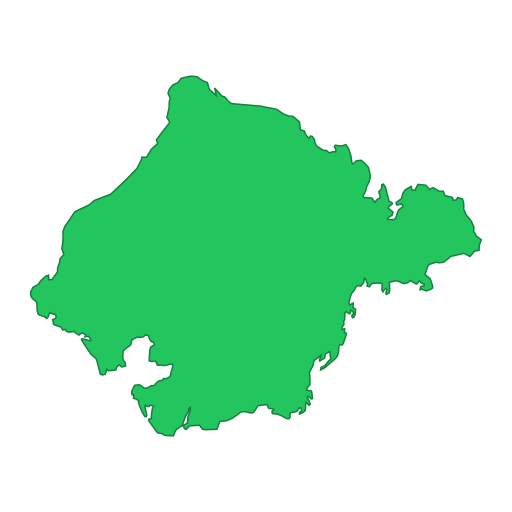 outline of Paata, Federated States of Micronesia
{"feature_id": "79324940B20321408060420", "entity_name": "Paata", "entity_type": "district", "adm_level": 2, "iso_a3": "FSM", "parent_name": "Federated States of Micronesia", "parent_adm1": "", "projection": "robinson", "projection_center": [151.585, 7.375], "detail": "fine", "context": "isolated", "style": "filled", "palette": "green", "viewbox_px": 512, "rotation_deg": 0, "n_neighbors": 0, "source": "geoboundaries", "source_scale": "gbopen_adm2", "svg_char_len": 6038}
<svg xmlns="http://www.w3.org/2000/svg" viewBox="0 0 512 512"><path d="M457.6,197.6L456.2,200.1L453.2,200.2L452.4,197.4L445.0,195.6L443.3,191.2L439.1,191.2L433.2,187.7L431.0,188.5L429.7,189.5L425.8,185.2L417.9,184.4L414.9,190.3L411.9,189.9L411.1,186.4L405.1,190.0L402.8,193.4L401.5,198.7L396.1,202.5L396.6,205.0L402.2,204.1L403.0,206.8L398.7,209.8L397.4,212.9L395.9,217.7L394.0,219.7L387.9,219.5L387.5,218.2L392.2,215.1L393.0,212.1L388.2,208.1L388.3,207.2L392.5,203.7L391.9,202.6L389.0,201.2L385.4,187.0L383.3,184.1L381.8,184.6L381.7,186.6L381.3,189.0L378.7,191.9L380.1,195.3L380.0,198.1L377.5,199.1L374.7,202.3L372.0,198.1L363.8,197.5L363.1,196.0L365.6,191.1L366.5,186.9L369.3,181.6L370.5,176.2L368.5,167.5L364.3,162.8L360.9,160.2L356.5,160.8L352.8,163.9L351.9,162.8L350.8,155.3L348.5,148.5L345.9,144.6L341.3,146.1L335.1,145.2L334.4,146.8L335.8,149.4L335.8,151.9L332.8,151.7L329.3,152.9L326.3,150.4L323.3,150.3L316.5,145.9L314.9,142.5L314.5,139.6L312.2,136.4L310.4,136.0L309.0,138.4L306.5,135.7L305.1,133.5L304.5,131.0L300.4,129.8L299.5,122.0L292.9,116.3L288.8,116.1L283.1,113.8L276.7,109.3L260.4,106.1L231.3,103.6L230.3,102.7L228.3,101.3L224.9,97.0L221.7,95.9L214.6,88.0L215.5,91.4L216.2,95.5L209.8,89.8L208.7,87.6L207.4,82.6L202.6,80.6L197.0,76.7L190.7,76.1L181.2,78.3L177.9,82.6L172.7,85.0L169.4,89.2L169.0,90.1L168.0,93.3L170.4,98.4L169.2,101.7L169.1,107.6L166.9,117.4L169.8,122.3L163.0,131.1L156.4,139.8L157.7,143.5L151.3,149.3L146.6,157.2L141.9,157.1L141.4,159.8L137.1,168.2L126.3,179.5L110.7,194.2L94.3,200.5L89.6,204.6L74.8,211.8L70.0,219.0L64.8,226.6L62.9,231.8L63.1,235.3L63.0,239.2L62.7,243.5L61.8,248.4L63.8,254.6L60.2,258.5L59.2,263.7L57.6,267.9L57.5,271.7L52.1,279.6L48.6,279.7L48.6,275.2L45.8,276.1L40.8,280.7L38.5,284.2L36.8,285.3L33.0,287.3L31.8,290.0L30.9,291.0L30.7,293.5L30.8,295.8L32.2,298.3L33.6,299.7L35.5,301.0L36.7,302.3L37.0,304.7L37.1,310.1L38.1,314.1L39.8,315.2L41.4,315.7L44.5,316.8L46.6,318.5L48.4,316.7L48.6,314.9L49.9,312.7L53.2,314.1L54.6,314.1L55.7,314.9L56.0,316.2L56.0,317.9L54.9,318.8L52.6,319.5L53.2,321.8L53.5,324.3L54.6,324.9L57.4,325.9L61.2,327.1L62.6,330.0L65.4,329.5L66.8,331.6L69.4,332.2L73.7,331.4L75.8,333.1L78.9,335.1L80.4,333.8L82.7,332.9L85.8,334.9L84.9,336.8L88.6,336.3L91.0,339.9L90.1,340.6L86.4,339.9L82.2,338.7L81.5,339.2L81.8,340.3L82.8,342.0L87.8,349.6L91.2,354.5L95.6,358.2L96.6,359.7L100.3,374.1L102.6,375.0L105.3,374.2L106.9,369.2L108.5,370.8L115.9,370.0L116.6,367.0L119.1,364.9L120.5,366.0L121.9,367.0L125.6,366.0L125.3,362.8L123.3,360.3L122.8,357.5L123.0,351.3L125.0,349.1L127.7,347.2L130.3,345.3L131.2,343.6L131.8,339.9L137.1,337.2L140.7,337.4L143.5,336.7L145.3,335.1L147.4,335.2L148.6,336.0L149.0,337.6L150.6,340.9L152.0,341.8L153.8,342.5L154.4,344.9L150.8,346.9L150.0,348.8L149.3,356.7L149.2,360.9L151.8,361.5L155.3,361.1L156.0,362.0L156.7,363.2L157.2,365.1L165.0,365.5L171.4,363.9L172.1,364.3L172.8,364.9L172.3,368.4L171.2,371.6L170.4,375.7L168.5,377.7L165.9,378.7L163.4,378.6L162.4,380.4L159.4,380.7L157.7,381.7L153.9,385.6L151.1,385.7L147.4,388.0L144.1,388.2L140.4,385.1L138.2,384.8L134.6,385.3L131.9,390.8L131.7,393.8L132.2,394.8L133.5,394.5L133.6,398.3L135.9,399.0L138.8,400.8L138.4,402.4L140.0,406.9L142.1,411.8L144.7,416.5L146.2,416.7L146.7,415.7L146.7,414.6L145.7,410.5L145.0,406.8L145.4,404.9L146.8,406.3L147.7,406.5L149.2,406.4L150.1,404.9L151.9,405.6L153.5,406.4L152.2,409.2L151.4,415.3L151.4,418.8L149.2,418.8L148.5,420.3L150.2,422.9L157.5,432.8L161.5,433.5L165.1,435.4L173.3,435.9L175.2,431.5L176.5,429.4L179.5,427.2L182.2,425.9L183.2,422.5L184.4,419.4L185.4,416.5L188.6,411.1L188.9,408.3L190.1,407.3L190.3,409.2L190.2,410.7L189.2,413.8L188.0,416.5L187.3,423.2L184.0,425.0L183.7,426.5L184.4,428.6L186.1,429.5L189.6,425.9L199.5,425.2L202.6,429.3L205.2,429.7L216.9,429.3L219.9,421.4L225.8,420.9L228.2,420.1L232.6,418.1L241.3,411.8L245.5,411.7L248.8,412.6L251.3,413.0L253.2,412.6L254.4,411.3L258.0,405.7L266.2,404.6L267.4,405.3L268.3,407.8L269.0,408.4L273.2,408.9L273.8,409.6L271.9,411.5L272.5,413.6L277.0,414.1L280.7,415.3L286.4,418.5L289.1,418.8L290.1,417.1L290.0,413.5L290.8,412.7L296.6,411.6L299.8,407.6L301.3,408.3L301.4,410.0L301.3,411.2L299.4,412.4L299.5,414.1L303.5,412.2L305.3,410.4L305.5,406.3L305.9,402.4L309.1,405.3L310.3,404.1L308.8,400.2L307.1,397.2L307.7,396.2L309.8,397.4L311.1,398.9L311.9,399.0L312.5,398.2L311.7,391.8L311.3,390.9L306.8,390.3L307.1,387.7L309.9,384.9L310.0,380.8L309.5,372.3L312.9,365.7L314.1,360.5L321.1,355.3L319.5,359.8L319.7,361.0L324.6,358.1L325.4,353.8L329.5,351.7L330.1,352.3L330.1,354.8L330.9,358.9L328.6,360.9L324.7,365.8L321.1,367.2L320.6,369.9L324.9,367.7L331.5,362.0L335.5,358.4L337.5,355.9L338.5,352.1L339.0,345.6L339.7,344.6L341.1,344.9L342.4,344.9L343.4,343.1L346.2,334.8L346.2,333.1L344.4,332.5L344.7,328.7L342.0,329.5L342.0,327.0L342.7,326.0L343.6,325.2L343.9,324.3L343.7,321.2L344.6,319.4L344.9,316.4L344.7,313.2L346.3,311.7L348.5,313.4L349.9,313.8L350.4,311.9L350.6,310.4L351.5,310.4L352.6,311.5L353.8,313.1L351.9,315.4L351.9,316.7L352.8,317.8L353.9,317.2L355.1,314.5L355.6,309.4L353.1,307.6L353.2,303.1L350.7,304.4L349.6,304.8L348.9,303.0L349.2,300.8L351.3,293.9L354.8,289.5L355.7,287.0L358.0,285.4L360.7,286.2L363.7,282.5L364.4,278.4L366.0,279.9L366.7,282.5L367.6,283.6L367.1,286.2L369.6,286.8L370.8,284.5L372.6,283.2L380.0,283.1L382.2,283.8L381.9,290.0L383.0,291.9L384.4,289.6L386.1,288.4L386.9,290.0L385.8,292.8L386.2,294.4L389.0,293.1L389.7,290.7L389.4,282.2L396.8,280.7L403.5,283.5L406.5,283.1L408.4,282.3L410.2,280.4L411.6,281.4L416.3,284.1L417.7,283.0L419.1,281.2L420.5,281.7L420.9,282.7L422.3,283.6L424.3,284.2L424.0,285.9L420.8,286.4L420.1,289.8L421.7,289.2L426.5,290.9L431.1,289.1L432.7,287.9L432.5,285.6L430.6,279.9L429.7,278.2L425.0,274.6L428.1,265.4L430.0,264.2L436.1,262.2L438.9,262.8L443.2,262.3L445.1,261.1L446.9,259.7L450.9,256.4L464.0,253.3L470.0,256.5L474.6,251.1L479.0,250.3L479.3,245.3L481.3,239.7L476.0,235.8L475.4,234.0L473.6,231.4L473.9,227.0L471.2,221.0L466.2,214.9L463.7,209.1L463.8,205.9L463.6,202.8L462.5,198.9L457.6,197.6Z" fill="#22c55e" stroke="#15803d" stroke-width="1.5"/></svg>